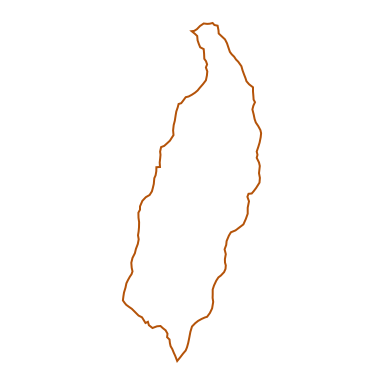 outline of Anhumas, São Paulo, Brazil
{"feature_id": "56859067B94307152786888", "entity_name": "Anhumas", "entity_type": "district", "adm_level": 2, "iso_a3": "BRA", "parent_name": "Brazil", "parent_adm1": "São Paulo", "projection": "equal_earth", "projection_center": [-51.429, -22.356], "detail": "fine", "context": "isolated", "style": "outline", "palette": "amber", "viewbox_px": 384, "rotation_deg": 0, "n_neighbors": 0, "source": "geoboundaries", "source_scale": "gbopen_adm2", "svg_char_len": 2438}
<svg xmlns="http://www.w3.org/2000/svg" viewBox="0 0 384 384"><path d="M218.5,30.4L217.6,25.7L214.4,25.0L212.6,23.0L209.8,23.7L207.3,23.9L203.7,23.5L200.0,26.0L196.9,29.2L194.2,30.9L191.7,31.2L195.0,33.9L197.2,36.0L197.6,40.4L198.8,43.9L200.2,47.3L203.7,49.1L204.1,53.8L204.3,58.8L206.0,61.2L207.1,64.4L205.9,67.5L207.3,71.4L206.9,75.6L205.9,80.3L203.0,84.1L199.6,88.0L197.6,90.5L195.0,92.7L191.8,94.8L188.6,96.5L185.7,97.2L182.9,101.0L181.2,103.2L178.6,104.0L177.7,107.4L176.3,111.5L175.7,115.0L174.8,120.8L173.7,125.0L173.1,130.3L173.5,135.1L171.8,137.7L169.9,140.7L167.0,143.4L164.2,145.9L161.1,147.1L160.1,151.6L160.5,154.8L160.2,158.1L159.7,162.5L160.0,167.0L156.4,167.2L156.3,171.2L155.6,175.3L154.3,178.2L153.8,183.9L152.8,188.1L151.9,191.4L149.6,195.0L145.8,197.2L142.4,200.8L140.0,206.4L140.0,209.7L138.4,212.7L138.5,217.7L139.1,222.1L139.0,227.4L138.6,231.6L138.0,235.3L138.7,239.3L137.8,244.0L135.9,249.0L134.9,253.2L132.5,257.9L131.3,262.8L131.7,267.8L132.5,271.4L131.5,274.3L129.9,276.6L127.9,280.2L126.4,283.3L125.5,287.6L124.0,292.6L123.4,296.4L122.9,300.4L124.5,302.7L126.2,304.8L128.9,306.8L131.8,308.8L135.6,312.6L138.6,315.6L142.0,317.3L145.5,323.0L147.9,321.8L148.9,325.2L152.5,328.0L157.0,326.3L160.5,326.0L162.9,328.2L165.6,330.3L167.5,333.7L167.1,337.2L169.5,339.5L169.9,343.1L170.6,346.2L172.3,349.1L173.8,352.8L175.1,355.6L177.2,361.0L180.3,357.2L182.9,353.8L185.7,350.5L187.0,347.3L188.2,343.0L189.2,338.1L190.4,331.8L192.0,326.5L195.2,323.2L198.1,320.9L201.5,319.0L204.8,317.5L207.1,316.8L209.9,313.0L212.1,308.4L213.2,301.9L212.6,297.9L212.7,294.4L212.7,289.5L214.0,285.5L216.3,280.6L218.4,277.4L220.9,275.5L224.1,272.1L225.5,268.9L225.8,265.4L225.0,262.5L224.9,259.1L225.8,254.2L224.6,249.3L226.2,245.0L226.6,241.1L228.9,235.6L230.9,232.3L235.5,230.4L240.5,226.6L243.4,224.4L245.9,218.8L247.7,213.7L247.7,207.7L249.0,201.3L247.4,196.8L248.5,193.8L251.7,193.5L253.6,191.3L256.1,188.0L259.5,182.6L259.9,177.9L259.0,173.2L259.8,166.0L259.0,162.5L256.7,157.8L257.5,154.8L256.7,151.6L258.3,146.9L259.6,142.6L260.7,137.2L261.1,133.2L260.4,130.1L258.3,126.2L255.8,122.5L254.6,119.0L253.7,114.6L252.4,109.4L253.4,105.6L255.0,102.2L253.6,99.6L253.4,96.4L253.0,91.5L253.0,87.3L249.1,84.3L246.5,81.3L245.5,78.2L244.1,74.6L242.6,70.5L241.4,66.2L238.2,61.7L236.0,59.5L234.2,56.8L231.7,54.3L229.9,51.9L228.5,47.8L227.0,43.3L225.0,39.4L221.9,36.5L218.7,33.5L218.5,30.4Z" fill="none" stroke="#b45309" stroke-width="2"/></svg>